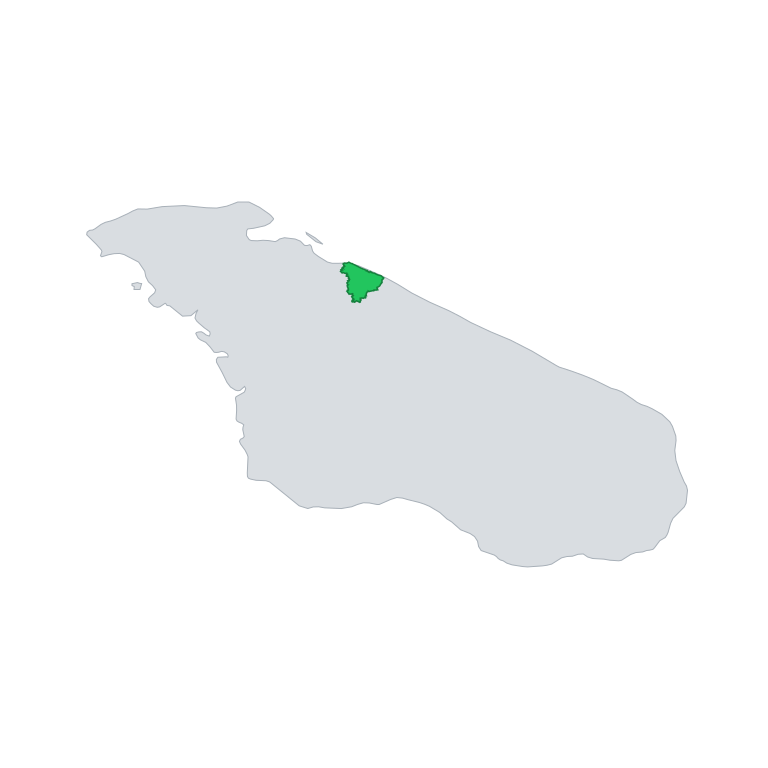 Toamasina II, Atsinanana, Madagascar (highlighted), rotated 279°
{"feature_id": "10022922B55539380638871", "entity_name": "Toamasina II", "entity_type": "district", "adm_level": 2, "iso_a3": "MDG", "parent_name": "Madagascar", "parent_adm1": "Atsinanana", "projection": "albers", "projection_center": [49.14, -18.014], "detail": "fine", "context": "in_parent", "style": "filled", "palette": "green", "viewbox_px": 768, "rotation_deg": 279, "n_neighbors": 0, "source": "geoboundaries", "source_scale": "gbopen_adm2", "svg_char_len": 8558}
<svg xmlns="http://www.w3.org/2000/svg" viewBox="0 0 768 768"><g transform="rotate(279 384 384)"><path d="M500.1,83.5L502.2,88.4L504.7,93.1L512.3,104.5L515.6,108.8L518.4,113.5L519.7,122.8L524.5,137.2L529.0,158.9L530.3,181.1L531.6,191.3L535.1,201.0L540.8,211.0L542.6,222.1L539.0,233.5L533.8,244.2L532.5,246.2L530.1,249.0L529.0,248.9L524.9,246.1L521.6,241.5L517.4,230.8L515.9,225.3L514.1,224.4L509.1,224.9L505.5,228.3L504.9,230.4L505.6,236.4L507.0,241.9L507.6,247.4L507.6,254.3L509.0,256.4L510.9,258.2L512.9,262.8L513.3,273.6L512.0,279.1L508.5,283.8L508.7,286.4L510.0,289.0L508.7,290.6L504.1,292.7L502.2,294.5L499.7,299.2L495.6,309.0L495.1,314.0L497.6,329.1L496.9,339.9L491.7,360.4L488.8,370.2L484.6,381.9L478.2,397.2L471.9,416.5L466.6,436.4L462.7,448.3L458.3,460.1L452.3,480.9L447.2,501.9L439.6,525.1L429.3,551.0L428.1,554.4L426.0,567.6L423.8,579.0L421.1,590.4L415.3,609.1L414.7,614.9L413.4,620.4L407.9,632.2L405.6,636.5L404.0,641.2L403.1,647.1L401.5,652.7L397.5,663.2L391.4,672.2L387.3,675.5L378.4,680.3L373.9,681.3L363.8,681.6L354.0,684.4L343.9,689.7L334.2,695.8L330.6,698.7L326.5,700.4L313.5,701.0L309.6,699.8L296.5,690.4L291.4,688.9L281.9,687.8L279.0,687.0L276.4,685.8L272.4,680.9L264.6,676.8L262.8,675.5L261.5,672.5L260.6,669.4L258.6,665.8L256.9,659.1L254.3,654.4L247.0,646.1L246.1,643.5L245.3,634.6L245.4,628.5L244.3,617.4L245.0,612.2L247.3,607.4L246.2,602.4L243.4,597.1L242.2,591.6L240.1,586.6L232.4,577.8L230.5,573.4L229.1,568.8L225.8,554.4L225.4,549.4L225.4,538.8L226.3,533.3L228.0,529.4L228.4,526.5L229.5,524.1L231.2,522.0L232.3,519.7L234.7,506.0L238.2,502.9L243.4,501.0L247.5,497.3L249.8,492.4L252.0,482.5L258.4,472.4L260.6,467.2L265.8,459.3L270.3,448.1L271.6,442.9L272.5,437.6L273.5,425.9L274.2,420.1L273.9,414.4L271.0,408.6L264.2,398.0L263.9,396.0L264.2,388.1L263.5,382.3L260.9,376.7L257.7,371.3L254.3,361.3L252.4,344.7L252.5,338.6L251.5,333.3L249.1,328.2L250.4,319.3L269.4,286.4L270.0,282.6L268.9,272.7L269.2,267.0L269.8,264.8L271.3,263.6L274.7,262.9L290.8,261.1L292.9,260.0L296.8,257.2L302.2,251.8L304.7,250.2L306.9,250.8L308.4,253.0L310.2,254.2L316.7,251.7L319.2,251.5L321.7,251.9L322.9,249.7L323.6,246.7L324.5,244.6L326.2,243.4L334.6,242.6L339.9,241.7L346.8,239.5L348.3,239.9L354.0,247.2L355.7,247.8L357.9,248.1L359.8,246.7L355.2,242.9L354.5,240.7L354.7,238.2L357.0,232.9L361.0,228.7L370.0,222.4L379.3,215.2L382.0,214.6L384.4,215.7L386.2,224.1L386.0,225.5L387.5,225.7L389.3,224.6L390.8,221.2L390.8,218.4L389.5,215.7L388.9,213.4L388.8,211.3L393.5,206.3L397.2,201.5L398.9,195.8L400.4,193.2L404.4,190.2L405.5,190.7L406.5,193.0L407.0,195.6L406.0,198.1L404.6,200.6L404.0,203.9L406.3,204.5L408.4,203.7L411.4,197.7L414.9,192.0L417.0,189.0L419.6,187.0L424.0,187.3L428.2,188.6L421.3,182.6L419.5,174.4L427.7,160.2L427.7,157.3L428.9,156.3L429.5,155.2L425.1,150.4L424.3,148.1L424.8,144.4L426.9,141.2L428.7,139.0L431.4,138.1L433.5,139.3L438.2,143.2L441.3,143.8L445.0,140.0L448.1,135.3L452.7,132.0L458.0,130.0L466.0,122.6L471.2,107.0L471.6,102.5L470.5,97.0L468.6,91.8L465.5,85.3L466.3,83.9L470.7,84.7L472.2,83.8L477.0,78.0L484.9,67.0L487.5,67.0L489.7,69.1L490.5,72.1L492.1,74.3L497.4,79.6L500.1,83.5ZM445.2,127.2L445.3,128.9L439.2,128.2L438.2,122.3L441.2,122.1L441.8,119.7L443.6,119.4L445.6,124.6L445.2,127.2ZM517.6,293.2L512.5,301.8L513.9,294.6L519.8,284.2L521.5,283.4L517.6,293.2Z" fill="#d9dde1" stroke="#a8b0b8" stroke-width="1"/><path d="M493.5,349.5L493.6,348.3L494.2,346.2L494.4,344.7L494.6,344.4L494.9,342.9L496.2,339.0L496.5,338.2L497.6,334.6L498.0,333.6L497.9,333.4L498.0,332.5L498.4,331.3L498.6,330.9L498.8,330.3L498.6,329.7L498.8,329.3L498.7,329.4L498.3,329.4L497.9,329.1L497.6,328.4L497.5,328.1L497.4,328.0L497.3,326.8L497.3,326.1L497.0,325.8L496.9,325.7L496.7,325.0L496.1,325.1L496.0,324.9L495.9,324.9L495.8,325.1L495.7,325.2L495.7,325.5L495.2,325.6L495.0,325.8L494.7,325.8L494.5,326.3L494.6,326.5L494.4,326.7L494.2,326.8L494.1,326.5L493.9,326.4L493.8,326.6L493.6,326.4L493.9,326.2L493.7,326.0L493.4,326.0L493.3,325.8L493.2,325.8L493.2,325.4L493.1,325.2L492.6,325.1L492.4,325.3L492.2,325.1L492.0,325.3L492.1,324.9L492.1,324.6L491.8,324.6L491.7,324.8L491.6,324.5L491.3,324.7L491.0,324.9L490.9,324.7L490.7,324.6L490.7,324.3L490.3,324.2L490.1,323.7L490.0,323.8L490.0,324.0L489.9,324.1L489.8,324.4L489.7,324.1L489.3,323.9L489.2,323.7L488.4,323.4L487.9,324.3L487.7,324.5L487.7,324.8L487.5,324.7L487.3,324.8L487.2,325.1L487.2,325.4L487.3,325.9L487.6,326.1L487.7,326.3L487.7,326.6L487.3,327.6L487.2,328.6L487.5,329.2L487.6,329.7L487.6,329.9L487.2,329.9L486.8,329.9L486.8,330.0L486.8,330.3L486.8,330.6L486.7,330.9L486.4,330.9L486.1,330.5L486.1,330.2L485.9,330.1L485.7,330.0L485.6,330.3L485.1,330.0L484.6,330.0L484.7,330.4L484.7,330.5L484.5,331.4L484.6,331.5L484.8,331.5L484.8,332.1L484.7,332.1L484.2,332.1L484.0,332.3L483.8,332.3L483.7,332.4L483.4,332.4L483.2,332.4L483.1,332.6L483.1,332.9L483.0,333.0L482.9,333.0L482.7,332.7L482.4,333.3L482.2,333.4L482.0,333.7L481.9,333.7L481.6,333.5L481.4,333.4L481.4,333.2L481.2,333.2L481.0,333.5L480.7,333.5L480.7,333.3L480.9,333.2L480.8,332.9L480.9,332.6L480.4,332.4L480.3,332.1L480.2,332.2L480.1,332.6L479.4,332.5L479.2,333.0L479.2,332.6L478.6,332.3L478.5,332.0L478.6,331.8L478.4,331.6L478.0,331.6L477.8,331.8L477.6,331.8L477.4,332.0L477.2,332.1L477.0,332.4L476.4,332.4L476.2,332.6L476.2,332.8L476.1,332.7L475.9,332.6L475.7,332.7L475.4,332.3L474.8,332.6L474.5,332.7L474.3,332.6L474.1,332.7L474.0,332.9L473.7,333.3L473.4,333.3L473.0,333.5L472.5,333.6L472.5,333.8L472.3,333.8L472.2,334.0L471.8,334.1L471.6,334.1L471.1,334.1L471.1,333.9L471.3,333.8L471.3,333.7L470.6,333.5L470.6,333.2L470.2,333.3L470.1,333.1L469.9,332.9L469.7,333.3L469.7,333.5L469.2,333.5L468.7,333.9L468.7,334.1L468.2,334.6L468.1,334.9L467.8,335.2L467.6,335.2L467.6,335.3L467.4,335.4L467.3,335.5L467.5,335.7L467.5,336.1L467.6,336.6L467.5,336.8L467.8,337.6L467.9,338.0L468.0,338.1L468.2,338.3L468.2,338.7L468.3,338.9L468.2,339.0L468.0,338.7L467.9,338.6L467.2,338.6L466.8,338.7L466.7,339.4L466.5,339.5L466.4,339.8L466.1,339.6L466.1,339.4L466.0,339.2L465.7,339.2L465.4,339.0L465.3,338.5L465.1,338.4L464.9,338.7L464.7,339.1L464.2,339.2L464.0,339.4L463.8,340.1L463.5,339.9L463.2,340.0L463.2,340.4L463.2,340.5L463.1,340.9L462.8,341.1L462.7,341.1L462.6,340.9L462.3,340.8L462.1,340.6L462.1,340.0L461.9,339.8L461.9,339.6L461.6,339.4L461.1,339.4L460.8,339.3L460.5,339.5L460.3,339.5L460.2,339.6L460.2,339.9L460.3,339.9L460.5,340.1L460.2,340.3L460.3,340.5L460.6,340.7L460.5,341.1L460.8,341.3L460.9,341.5L460.5,341.9L460.2,342.0L460.3,342.2L460.4,342.4L460.7,342.3L460.8,342.6L461.0,342.8L461.1,343.2L461.4,343.3L461.6,343.5L461.8,343.7L462.0,343.9L462.0,344.0L461.9,344.1L461.7,344.5L461.5,345.2L461.5,345.4L461.4,345.6L461.5,345.8L461.1,346.3L461.1,346.5L461.3,346.5L461.2,346.7L461.2,347.1L460.9,347.3L461.0,347.5L461.3,347.6L461.4,347.8L461.6,347.8L461.9,347.5L462.0,347.6L462.4,347.5L462.8,347.9L463.0,348.0L463.4,348.2L463.7,347.7L463.7,347.4L463.9,347.2L464.4,347.3L464.6,347.2L465.0,347.1L465.1,347.6L465.1,348.0L465.4,348.1L465.4,348.4L465.6,349.1L465.4,349.6L465.4,350.0L465.5,350.0L465.7,350.3L465.7,350.5L466.0,350.8L466.2,351.3L466.0,351.9L466.2,352.2L466.3,352.4L466.5,352.4L466.6,352.1L466.8,351.9L467.1,351.7L468.1,351.8L468.1,352.5L468.3,352.9L468.6,352.7L469.0,352.6L469.4,352.4L469.7,352.2L469.8,352.2L470.4,352.6L470.6,352.5L470.8,352.5L471.0,352.4L472.0,352.7L472.1,353.0L472.6,353.4L472.7,353.7L473.0,353.8L473.4,353.8L473.2,354.2L473.0,354.4L473.0,354.9L473.7,356.3L473.7,356.7L474.1,357.3L474.4,358.2L474.3,358.6L474.7,359.0L474.6,359.4L474.6,359.5L474.9,359.7L475.3,359.4L475.4,359.5L475.3,360.0L475.4,360.4L475.4,360.7L475.5,361.2L475.5,361.5L475.7,361.9L475.8,362.4L476.0,362.7L476.1,363.1L476.4,362.9L476.7,362.8L476.8,362.4L477.3,362.4L477.8,361.9L478.3,362.1L478.5,362.1L478.7,362.6L478.9,363.0L479.8,364.0L480.5,364.6L481.5,364.8L481.9,365.0L482.4,365.2L482.6,365.5L482.9,365.6L483.1,365.5L483.3,365.6L483.5,365.9L483.7,366.1L483.9,365.9L484.2,365.9L484.4,366.1L484.5,366.1L484.7,365.9L484.9,365.9L485.2,365.9L485.6,365.9L485.8,365.9L486.0,365.9L486.2,365.7L486.5,365.8L486.6,365.7L486.9,365.8L487.0,366.0L487.4,366.3L487.5,366.6L487.8,366.7L487.8,366.9L488.7,367.2L489.3,365.9L490.3,364.4L490.5,363.9L490.6,363.4L490.6,362.0L490.9,360.4L491.0,359.8L491.3,358.9L491.7,358.0L491.9,357.2L491.9,356.4L492.0,355.2L492.2,354.6L492.6,353.8L492.3,353.7L492.9,352.7L492.5,352.4L492.3,352.4L491.8,351.9L492.1,351.3L492.3,351.2L492.2,351.1L492.4,350.7L492.6,350.4L492.8,350.5L492.9,350.3L493.0,350.4L492.9,350.2L493.0,350.1L492.9,348.9L493.0,348.9L493.1,349.4L493.5,349.5Z" fill="#22c55e" stroke="#15803d" stroke-width="1.5"/></g></svg>